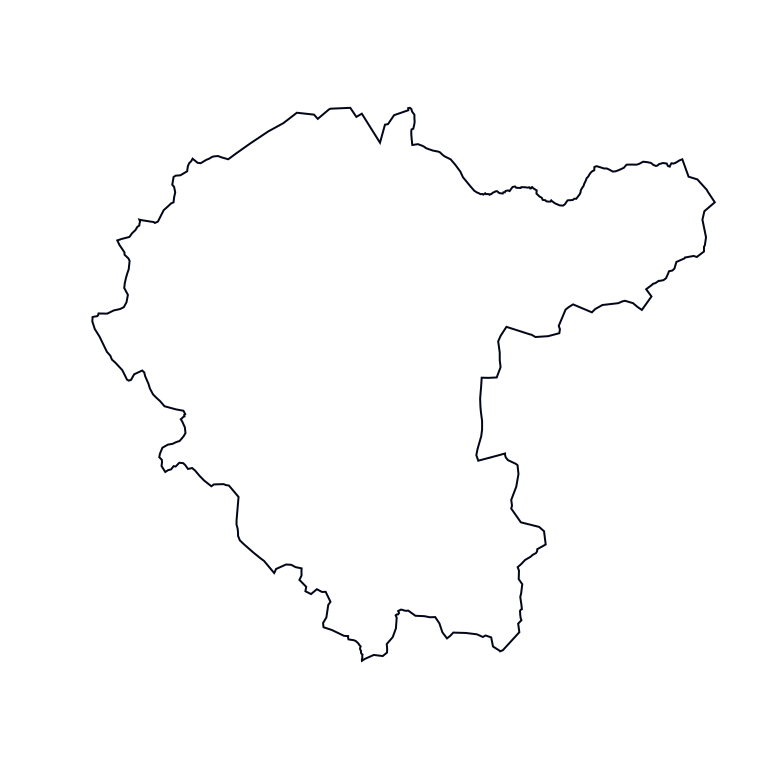 the district of Bauchi, Bauchi, Nigeria, rotated 99°
{"feature_id": "59680162B24167581171767", "entity_name": "Bauchi", "entity_type": "district", "adm_level": 2, "iso_a3": "NGA", "parent_name": "Nigeria", "parent_adm1": "Bauchi", "projection": "mercator", "projection_center": [9.889, 10.254], "detail": "fine", "context": "isolated", "style": "outline", "palette": "ink", "viewbox_px": 768, "rotation_deg": 99, "n_neighbors": 0, "source": "geoboundaries", "source_scale": "gbopen_adm2", "svg_char_len": 6154}
<svg xmlns="http://www.w3.org/2000/svg" viewBox="0 0 768 768"><g transform="rotate(99 384 384)"><path d="M660.8,362.5L659.8,361.3L658.7,360.2L653.2,351.7L652.9,342.7L648.8,339.0L645.4,339.4L640.4,340.6L632.7,335.8L623.5,334.0L612.9,334.9L610.6,336.3L609.7,335.5L609.4,334.1L607.9,333.3L607.2,333.7L606.0,334.5L604.2,332.0L604.2,330.0L604.6,328.7L604.5,326.2L604.0,324.7L608.0,316.7L607.0,307.8L607.2,302.2L606.2,297.0L611.8,291.8L620.1,287.5L625.4,282.0L622.4,279.2L618.7,276.7L617.1,264.3L616.7,253.1L618.4,246.8L616.5,244.3L617.5,238.5L626.2,235.3L629.6,227.5L629.8,227.4L628.4,225.0L608.0,211.5L599.7,214.0L595.8,211.3L594.1,212.3L593.1,212.6L590.5,213.4L588.4,213.8L587.4,214.1L587.2,214.2L586.7,214.0L586.2,213.9L585.6,213.7L585.4,213.4L585.1,213.0L584.9,212.6L584.0,212.8L580.7,213.7L573.0,216.1L569.5,215.8L560.1,216.1L555.7,220.4L547.2,221.5L544.0,223.3L540.5,220.4L535.7,217.1L531.8,212.3L529.6,210.5L528.2,208.7L527.2,207.4L525.2,206.6L523.2,206.8L517.2,199.2L504.4,202.9L500.9,208.4L499.2,227.2L487.1,238.9L484.2,238.5L478.6,240.2L464.7,237.3L451.9,237.1L443.3,239.4L442.2,241.4L439.8,249.7L437.5,252.2L435.5,253.2L433.7,253.6L436.5,259.7L438.8,264.9L445.0,278.9L439.8,281.7L433.3,281.4L420.4,279.8L413.6,280.0L405.3,281.3L395.8,284.1L390.9,285.3L383.2,286.8L372.1,287.6L362.5,288.5L361.6,281.8L359.9,273.7L349.1,271.5L342.4,273.4L334.9,274.6L324.0,277.9L318.0,276.3L308.4,272.0L312.2,247.4L312.2,246.1L313.9,241.8L311.1,229.4L306.4,218.8L302.4,218.8L299.3,220.5L282.1,216.3L279.0,213.4L275.8,209.7L280.7,189.9L276.8,187.0L271.8,180.6L267.5,165.2L265.1,161.5L264.1,159.0L265.2,150.7L268.2,145.7L270.5,140.9L255.7,133.5L249.4,139.9L243.8,134.5L243.0,134.1L241.9,131.7L239.1,128.8L239.1,128.1L237.7,124.2L235.4,122.0L230.7,120.7L228.1,120.2L226.8,116.9L224.6,115.2L217.7,114.3L213.1,107.1L212.5,106.6L212.0,106.5L209.1,98.2L209.6,94.9L203.1,88.7L198.4,89.4L196.7,88.8L188.7,88.9L171.9,95.2L163.2,94.6L152.8,85.7L143.4,94.3L141.7,95.6L132.9,106.5L131.6,115.6L115.4,124.5L116.9,127.1L120.0,130.7L121.0,132.6L121.0,134.6L123.5,135.6L124.6,135.8L124.3,137.6L122.0,139.3L122.1,143.0L123.8,146.7L125.4,148.0L126.1,149.5L125.5,152.1L123.9,154.9L123.7,158.7L123.9,162.8L126.9,166.8L127.9,169.0L128.3,172.2L129.0,176.7L129.5,178.8L133.0,181.0L135.8,185.2L137.6,188.3L138.4,191.2L137.1,194.8L136.3,197.6L136.7,200.6L136.1,204.3L135.6,208.1L136.7,210.1L140.1,209.8L141.1,211.4L142.9,212.9L145.2,214.0L147.2,214.7L148.9,216.0L151.4,216.5L153.1,217.0L155.1,217.6L157.2,217.9L159.4,219.0L162.1,220.0L163.6,219.8L166.0,220.4L171.0,223.1L171.2,225.0L172.6,226.2L173.2,228.0L173.5,230.0L174.0,231.5L175.9,232.4L178.3,233.5L179.8,235.1L180.1,238.4L178.8,243.4L177.3,246.4L176.5,247.5L177.7,248.0L178.1,249.8L178.2,252.2L177.3,253.3L177.3,256.1L175.4,257.3L174.5,259.7L172.1,263.2L170.0,263.4L168.9,263.5L167.5,266.8L166.3,268.5L166.7,269.1L167.7,269.3L168.0,270.2L167.0,271.4L167.6,273.0L167.6,275.5L168.1,279.2L169.0,279.6L169.5,284.1L168.4,285.5L169.3,287.8L171.9,289.2L173.8,290.1L173.4,291.8L174.0,293.2L174.3,294.1L175.8,294.7L176.0,296.1L177.3,296.5L177.4,298.9L177.1,300.8L176.4,301.5L175.9,302.5L176.1,303.6L177.0,304.8L178.1,306.5L179.7,307.8L179.9,308.8L180.6,309.3L180.1,310.3L180.3,312.0L180.5,313.1L179.8,313.9L181.4,315.5L181.0,316.7L181.4,318.4L180.7,320.3L180.2,322.5L179.6,323.6L179.2,324.8L175.3,329.5L167.4,338.4L162.4,341.7L156.3,347.9L151.7,353.3L149.6,359.9L148.8,361.5L146.4,365.0L146.0,366.7L145.8,372.1L145.1,376.3L144.4,379.7L143.6,380.9L142.8,383.1L141.8,388.0L143.5,393.4L141.7,394.0L140.5,394.2L137.7,395.0L134.0,395.9L130.9,396.5L129.5,396.6L128.2,396.6L127.3,395.0L122.9,394.7L122.2,394.7L119.9,394.8L117.0,395.5L113.3,396.1L110.5,398.9L108.0,400.1L107.2,401.7L107.8,403.3L109.8,402.8L116.9,416.1L126.7,420.7L127.7,423.6L146.3,425.7L120.5,448.2L124.5,453.1L116.5,460.5L120.5,480.1L121.5,481.4L132.5,490.9L128.9,495.2L129.7,512.5L142.1,524.2L152.6,537.8L167.4,553.8L179.5,566.2L186.4,573.0L185.6,579.6L184.8,583.6L185.6,586.8L186.4,589.1L188.7,591.8L190.4,594.6L194.6,599.6L194.7,602.7L191.4,608.3L193.9,609.2L196.5,611.0L199.6,611.8L204.7,611.7L209.6,617.6L209.9,618.5L210.8,622.3L212.4,624.2L220.3,624.3L222.1,622.2L227.3,620.2L232.6,620.5L237.5,620.3L238.9,622.5L242.4,625.2L246.8,628.8L258.9,632.7L260.8,635.5L260.1,636.7L260.1,648.6L259.9,651.4L261.9,650.3L263.6,650.6L265.8,650.5L267.4,652.2L270.9,653.6L274.2,656.2L278.6,658.5L281.5,665.2L283.9,669.9L288.1,667.0L291.6,663.7L294.7,660.9L296.9,660.5L300.0,656.0L302.3,654.5L310.7,654.1L315.2,654.9L319.2,655.4L324.8,655.8L329.8,655.6L336.0,650.9L343.5,651.1L348.8,653.0L351.2,656.3L353.6,662.4L357.8,668.4L359.0,677.0L360.8,677.1L361.9,677.9L362.7,680.5L363.4,682.3L367.8,681.9L374.9,678.3L381.8,672.3L395.6,662.7L398.9,658.7L402.4,656.6L405.1,652.5L411.2,644.7L419.9,638.5L420.6,636.6L419.5,634.5L413.5,632.3L408.5,624.9L410.1,622.6L413.5,621.2L420.6,616.7L425.1,614.5L430.4,610.5L432.9,607.1L436.0,602.4L440.3,597.4L441.6,585.5L441.8,577.9L444.9,575.6L445.8,576.5L446.7,576.2L447.2,576.0L447.7,576.9L450.1,578.7L450.6,579.2L452.5,577.5L458.0,573.9L463.5,572.4L467.1,573.8L472.2,576.9L474.1,580.5L476.2,583.5L477.7,588.0L481.6,592.9L488.0,594.4L491.5,594.5L493.6,591.6L496.0,591.0L499.8,590.9L505.1,586.3L502.9,583.8L501.6,580.9L498.1,579.0L498.1,576.9L495.6,575.1L493.8,573.9L493.6,569.9L495.3,567.5L498.6,564.3L497.0,560.4L499.0,557.1L503.5,551.9L507.4,546.7L512.0,538.5L509.8,536.3L508.0,526.8L508.5,524.5L508.6,521.2L518.3,510.0L541.8,508.3L545.8,507.7L549.9,505.9L553.7,504.9L556.8,504.4L561.0,501.9L564.2,497.3L571.0,486.5L575.7,478.3L577.5,474.8L587.9,462.9L586.8,462.5L583.6,461.7L577.6,452.5L577.1,447.4L577.2,447.1L578.7,442.7L579.0,436.5L581.4,436.3L586.1,435.5L590.7,436.9L596.5,429.1L601.0,429.2L602.9,423.2L597.2,418.2L599.1,412.7L598.4,409.1L607.5,402.8L610.9,404.5L623.6,404.4L629.6,406.8L633.7,405.7L635.1,397.1L639.0,384.1L638.6,380.0L639.6,379.9L640.3,379.8L641.0,379.5L641.8,379.1L641.8,375.7L641.8,373.6L642.3,371.6L643.5,369.8L644.6,368.4L645.8,367.4L646.7,366.1L649.0,366.3L650.1,365.9L651.2,364.9L653.0,364.7L654.0,364.0L654.6,362.9L656.1,363.0L657.2,362.6L658.5,362.7L660.0,362.7L660.8,362.5Z" fill="none" stroke="#020617" stroke-width="2"/></g></svg>